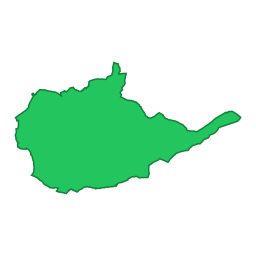 the district of Odorheiu Secuiesc, Harghita, Romania
{"feature_id": "2599482B50966601311858", "entity_name": "Odorheiu Secuiesc", "entity_type": "district", "adm_level": 2, "iso_a3": "ROU", "parent_name": "Romania", "parent_adm1": "Harghita", "projection": "robinson", "projection_center": [25.322, 46.315], "detail": "fine", "context": "isolated", "style": "filled", "palette": "green", "viewbox_px": 256, "rotation_deg": 0, "n_neighbors": 0, "source": "geoboundaries", "source_scale": "gbopen_adm2", "svg_char_len": 5671}
<svg xmlns="http://www.w3.org/2000/svg" viewBox="0 0 256 256"><path d="M240.6,117.3L236.3,113.8L232.7,111.6L232.3,111.5L232.0,111.4L231.2,111.4L229.6,111.6L228.3,111.6L227.8,112.9L226.7,112.5L225.8,112.6L225.7,112.4L225.5,112.5L221.4,115.0L215.7,118.3L214.4,119.3L211.0,122.5L205.5,126.2L203.7,127.6L202.3,128.5L198.7,130.6L197.2,131.7L193.1,131.1L190.9,131.1L189.5,130.9L188.3,130.7L187.4,130.6L187.0,130.2L186.3,128.2L185.7,127.9L185.3,127.2L184.4,126.5L183.7,125.6L182.5,124.5L182.1,124.4L180.9,124.0L179.0,122.9L178.4,122.4L177.1,121.8L176.0,121.4L174.8,120.9L174.2,121.0L170.7,120.0L169.5,119.9L168.7,119.8L167.5,119.2L166.9,118.8L165.5,118.5L165.2,118.1L164.5,117.4L164.1,116.8L163.7,116.4L163.5,115.8L163.1,115.2L162.6,114.7L162.3,114.4L161.3,113.9L160.6,113.7L160.2,113.5L159.5,112.8L158.9,112.9L157.9,113.6L157.5,114.1L156.7,114.4L154.9,116.1L153.5,116.8L153.0,117.0L152.5,117.4L151.0,118.1L150.0,117.9L149.1,118.2L148.6,118.0L148.3,117.7L147.4,117.1L147.0,116.5L145.8,115.9L145.1,115.0L145.0,114.5L144.9,113.7L144.3,112.6L142.3,110.0L142.1,109.7L142.0,109.2L141.8,108.8L141.2,108.2L140.8,107.5L141.1,107.1L139.4,105.8L139.3,105.4L139.3,104.8L138.5,104.2L137.2,103.0L136.3,102.7L136.2,102.0L135.5,101.8L135.2,102.0L134.4,101.9L133.7,101.1L132.4,100.9L131.1,100.5L130.1,100.7L129.4,100.2L128.8,100.4L128.1,100.5L127.4,100.1L126.6,99.9L126.2,99.6L125.4,99.4L125.1,99.0L124.8,99.0L124.3,98.7L122.7,97.8L120.6,96.9L121.1,96.0L121.4,95.2L121.5,94.7L121.3,94.3L120.7,93.7L120.3,93.0L120.2,92.3L120.5,91.7L121.0,91.2L122.5,89.9L121.7,88.2L122.0,88.1L122.4,87.3L123.1,86.4L123.3,85.9L123.5,86.0L123.9,85.5L124.3,84.6L124.6,84.3L125.0,83.4L125.1,82.5L125.0,82.2L124.7,81.6L124.6,81.3L124.8,79.9L124.9,79.0L125.2,78.2L125.4,76.8L125.6,76.0L126.0,74.4L126.2,73.4L125.2,73.4L123.7,73.5L122.9,73.5L120.9,73.7L120.3,73.8L119.3,74.3L118.9,74.0L118.7,73.3L118.9,72.7L119.0,72.5L120.0,71.6L120.1,70.6L119.9,69.9L119.8,69.0L119.9,68.3L119.8,67.7L119.3,67.4L119.0,67.0L118.7,66.1L118.7,65.8L118.5,65.3L118.1,64.3L118.2,63.9L116.1,63.4L113.9,62.5L113.1,66.2L112.7,67.3L112.9,69.6L112.6,72.5L112.0,73.5L111.8,75.0L109.0,76.3L107.5,76.9L107.0,77.6L106.2,79.1L105.7,79.4L104.9,79.4L102.0,79.0L101.2,79.0L100.2,79.2L98.0,78.9L95.7,79.2L93.8,79.6L90.0,80.9L89.0,81.7L88.9,82.5L88.8,84.5L88.4,85.1L88.9,85.8L86.4,88.2L86.2,87.5L84.7,87.9L84.6,88.0L84.7,88.5L83.3,89.0L83.2,89.6L82.7,90.3L82.1,90.1L81.8,90.6L82.4,90.8L82.2,90.9L81.6,91.1L79.5,91.4L78.8,91.3L78.6,90.9L78.2,90.6L75.1,89.7L74.4,89.1L74.1,88.5L73.6,88.0L73.4,87.4L71.4,87.7L69.7,88.2L69.0,89.4L66.6,91.6L66.3,92.0L64.4,90.7L64.4,91.0L63.7,91.6L63.0,91.9L62.3,92.0L60.5,92.7L60.6,93.5L61.2,95.7L59.2,94.4L58.0,93.5L56.1,92.4L54.4,91.9L52.2,91.8L51.8,91.6L51.4,91.4L49.9,91.2L46.5,90.5L44.9,89.9L43.0,90.0L41.6,89.8L40.3,89.7L40.1,89.6L39.9,89.6L37.4,91.9L36.0,93.4L36.3,93.7L35.6,94.5L34.4,95.0L34.0,94.9L33.4,95.1L33.2,94.5L33.8,94.3L33.8,94.1L33.8,93.9L33.4,93.4L32.4,93.6L32.5,94.0L32.3,94.3L32.0,94.4L32.2,95.0L32.7,95.2L32.9,95.2L33.4,96.4L32.7,97.4L29.9,102.7L29.1,104.5L28.7,105.2L28.6,105.8L28.5,106.2L28.8,106.7L28.6,107.6L25.7,110.4L15.5,117.6L16.5,119.1L16.8,120.8L17.6,120.7L18.0,120.5L18.4,120.5L18.4,121.3L18.4,123.5L18.5,124.7L18.3,126.1L18.4,126.4L18.2,127.4L17.9,127.9L17.8,128.4L16.0,129.0L16.2,129.5L16.1,129.8L16.2,130.4L16.4,131.4L16.3,131.6L16.3,132.0L16.3,132.5L16.3,132.9L16.0,133.6L15.6,134.2L15.4,134.7L15.4,135.3L15.4,135.7L16.2,138.6L15.9,139.0L16.5,140.2L16.7,140.5L17.2,141.9L17.6,142.2L18.1,142.2L18.2,142.5L18.0,142.4L17.5,144.5L17.8,145.6L17.7,147.0L18.1,147.1L18.3,147.2L19.5,147.7L19.3,148.0L21.2,148.9L26.0,149.2L26.4,148.3L27.4,148.9L28.3,149.3L29.1,150.2L30.0,151.5L30.9,153.4L30.7,154.5L31.6,155.7L31.9,155.7L32.6,158.4L33.1,160.4L33.5,161.2L33.6,162.0L33.6,163.3L34.2,168.1L33.8,169.6L34.0,170.0L34.0,170.6L33.2,172.9L33.0,173.4L32.6,173.9L31.5,175.2L35.1,176.7L38.4,178.4L38.5,178.6L38.4,178.8L38.7,179.0L38.9,179.5L42.3,181.6L44.0,184.1L45.6,185.0L48.8,186.6L49.0,187.0L49.5,187.5L50.3,187.8L50.9,187.8L54.0,188.1L54.6,187.6L54.9,187.5L55.1,187.5L57.9,188.2L58.2,188.2L58.0,188.9L57.5,189.8L56.6,190.9L56.8,191.0L56.7,191.3L58.1,191.7L59.4,192.2L60.7,192.2L66.3,193.5L66.6,192.9L67.7,191.9L68.9,190.3L69.2,190.5L69.9,189.8L70.9,189.1L72.9,189.9L72.7,190.1L77.2,192.0L77.5,191.8L77.7,191.4L77.9,191.4L79.1,190.2L80.0,189.6L81.2,189.2L82.2,188.6L82.8,187.8L84.6,187.0L85.4,187.1L86.2,186.8L86.8,186.7L87.3,186.7L87.6,186.8L88.0,187.0L89.0,187.1L90.8,187.2L92.7,187.9L94.7,188.1L95.7,188.8L95.8,188.3L96.2,188.3L98.0,188.4L99.0,188.4L100.4,188.3L100.8,188.1L102.1,187.7L102.9,187.7L104.8,187.6L106.3,187.1L107.4,187.2L108.7,187.2L108.9,187.1L110.0,186.8L112.4,186.6L113.3,186.5L113.9,186.2L116.1,186.2L116.8,185.2L116.2,184.8L118.5,183.1L119.1,182.9L121.9,182.4L127.9,179.9L128.2,179.1L128.6,178.6L129.1,178.3L129.9,178.1L130.2,177.8L130.5,177.5L131.8,177.0L132.7,176.9L132.9,176.8L133.6,176.9L135.2,176.6L135.8,176.4L136.8,176.4L137.3,176.6L137.9,177.1L138.3,177.2L138.6,177.5L139.4,177.9L140.6,177.7L140.8,177.6L147.8,177.5L148.7,174.9L148.8,174.7L149.1,174.0L149.1,173.8L149.2,173.5L149.2,173.2L149.0,172.9L149.0,172.1L148.8,171.5L148.7,170.2L148.7,168.5L148.7,168.2L148.7,167.6L148.8,166.9L148.9,165.5L154.1,161.8L154.6,161.6L155.3,161.4L158.2,160.1L159.5,158.7L162.6,159.9L164.2,160.5L167.9,162.3L168.7,161.5L169.5,160.1L170.5,158.8L171.7,157.5L176.2,153.5L179.3,152.1L182.2,151.3L185.7,150.6L188.1,150.4L189.9,148.0L192.6,145.6L198.3,143.7L200.0,143.9L204.1,139.5L208.5,137.7L209.7,135.1L213.8,133.5L215.7,132.2L216.0,131.7L217.8,129.6L218.7,127.6L237.4,121.3L237.7,120.9L238.5,120.2L239.4,119.5L240.0,118.5L240.6,117.3Z" fill="#22c55e" stroke="#15803d" stroke-width="1.5"/></svg>